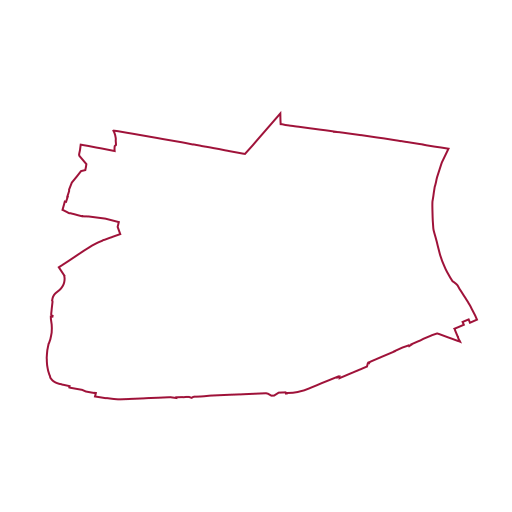 Nieuwegein, Utrecht, Netherlands (orthographic projection), rotated 266°
{"feature_id": "6326949B74966835804561", "entity_name": "Nieuwegein", "entity_type": "district", "adm_level": 2, "iso_a3": "NLD", "parent_name": "Netherlands", "parent_adm1": "Utrecht", "projection": "orthographic", "projection_center": [5.098, 52.03], "detail": "fine", "context": "isolated", "style": "outline", "palette": "rose", "viewbox_px": 512, "rotation_deg": 266, "n_neighbors": 0, "source": "geoboundaries", "source_scale": "gbopen_adm2", "svg_char_len": 5838}
<svg xmlns="http://www.w3.org/2000/svg" viewBox="0 0 512 512"><g transform="rotate(266 256 256)"><path d="M379.3,88.9L373.9,87.8L370.8,86.9L369.6,86.6L368.4,86.7L367.5,87.3L359.5,93.2L356.8,92.6L353.6,91.7L352.9,87.4L347.6,82.6L342.1,77.4L336.2,74.6L335.4,74.2L333.8,74.1L328.3,71.9L328.2,72.3L323.3,70.3L323.7,69.1L323.2,68.9L320.8,68.1L317.5,66.9L315.5,66.2L314.9,67.4L314.2,68.5L313.1,70.4L312.3,71.6L311.8,72.4L311.6,73.2L311.6,73.8L311.6,74.0L311.1,75.3L310.6,77.0L309.1,81.2L308.1,84.2L308.0,84.6L308.0,85.4L307.9,85.4L307.7,85.5L307.1,91.9L305.6,99.3L303.8,108.3L300.7,117.6L299.4,121.5L294.7,120.0L287.3,122.1L285.7,116.3L285.2,114.5L284.7,113.0L284.6,112.4L284.1,110.6L283.1,107.3L282.7,106.0L282.6,105.0L282.1,103.8L281.9,103.6L281.5,102.3L280.7,99.9L279.9,97.9L277.9,93.3L273.3,84.7L270.4,79.6L264.2,68.8L258.5,58.5L249.7,63.5L249.5,63.3L249.1,63.4L246.9,63.5L245.2,63.3L243.4,62.9L241.7,62.3L240.0,61.4L238.5,60.3L237.1,59.1L235.7,57.5L233.2,53.9L232.4,52.9L231.1,51.7L230.7,51.5L229.7,50.8L228.3,50.2L225.8,49.5L225.2,49.8L224.4,49.8L217.9,48.6L212.2,47.6L211.6,47.7L210.8,48.2L210.5,48.9L209.7,48.7L209.8,47.1L207.5,47.0L201.8,47.4L198.2,47.3L193.8,46.8L190.3,45.9L187.2,45.0L183.7,43.5L182.5,42.8L182.1,42.8L180.5,42.3L179.0,41.9L177.5,41.5L176.9,41.3L175.7,41.1L175.1,41.0L174.5,40.9L172.6,40.6L169.0,40.1L167.6,40.1L166.9,40.1L165.9,40.0L163.0,40.0L161.8,40.0L159.6,40.2L157.8,40.4L157.1,40.5L156.2,40.6L154.0,41.1L153.3,41.3L152.3,41.5L150.6,42.1L149.8,42.2L149.1,42.3L148.8,42.4L147.7,43.1L146.7,43.8L146.2,44.2L145.3,45.1L144.9,45.6L144.6,46.1L144.4,46.3L143.8,47.2L143.1,48.6L142.6,49.8L142.3,50.5L142.0,51.4L141.8,52.5L141.2,53.8L140.9,55.1L139.6,59.5L139.4,60.2L139.2,60.9L138.7,60.7L137.9,60.6L137.5,61.7L136.0,67.6L134.6,73.2L132.7,76.8L131.9,79.9L131.2,82.6L130.5,85.7L130.7,85.8L130.5,86.7L127.1,85.6L125.6,92.1L124.7,95.9L124.7,96.2L124.6,97.4L124.6,97.6L123.9,101.0L123.4,103.5L123.1,105.3L122.6,108.6L122.5,110.0L122.4,112.8L122.3,116.2L122.2,118.5L122.2,120.6L122.0,127.0L121.8,134.0L121.8,137.9L121.4,149.6L121.2,158.5L121.1,160.9L120.8,162.2L120.0,166.1L119.9,166.6L120.6,166.6L120.4,172.2L120.4,172.5L120.2,173.6L120.2,174.6L120.3,176.5L120.2,177.7L120.1,179.3L119.0,181.9L119.8,183.5L119.9,184.6L120.0,184.8L119.8,187.4L119.7,191.2L119.7,194.4L119.9,200.3L119.9,201.2L119.4,220.8L119.2,226.3L119.2,226.7L119.1,229.8L119.0,231.6L119.0,232.4L118.9,236.9L118.4,256.4L117.8,258.3L115.6,261.6L115.5,264.3L118.1,269.1L117.9,275.9L116.7,276.2L116.7,277.0L117.2,277.0L117.1,279.0L117.0,283.4L117.1,284.4L117.4,288.0L117.9,290.6L118.6,294.6L120.2,299.8L121.0,302.1L122.7,307.3L124.6,312.7L127.2,320.8L127.8,322.6L129.9,329.1L129.3,329.0L129.7,329.9L130.0,330.9L129.4,330.9L128.3,330.8L128.8,332.1L130.0,335.7L131.2,339.1L135.5,351.7L135.6,352.2L136.7,355.2L138.0,359.0L138.4,359.1L139.1,359.4L141.0,360.0L141.9,360.6L142.1,361.4L141.6,361.6L142.1,362.0L142.5,362.6L142.9,363.6L146.6,374.2L150.5,385.6L151.2,387.6L151.4,387.5L154.5,395.8L155.5,399.6L156.2,402.1L155.4,402.5L155.6,402.8L156.8,405.0L157.1,404.9L159.4,411.3L160.3,414.1L161.7,417.2L164.3,424.9L164.7,425.9L165.0,427.0L166.1,431.3L165.3,433.4L161.4,442.0L159.8,445.7L159.7,445.9L158.7,448.1L157.2,451.4L156.8,452.6L156.3,453.6L157.1,453.3L157.8,452.9L158.9,452.4L159.5,452.2L160.5,451.9L161.0,451.8L161.4,451.8L161.5,451.6L168.0,449.4L168.9,449.3L169.6,448.9L169.9,449.8L170.9,452.8L172.9,458.5L175.8,457.5L177.9,463.7L174.5,464.8L177.1,472.0L181.3,470.5L186.4,468.3L188.4,467.4L190.7,466.5L193.0,465.4L193.8,464.9L195.0,464.4L198.1,462.7L198.5,462.5L199.1,462.2L200.9,461.2L201.2,461.0L206.2,458.3L207.8,457.4L208.6,456.9L212.5,455.1L212.9,454.8L213.2,454.6L214.2,453.7L214.7,453.2L215.3,452.5L215.9,451.9L217.1,450.3L221.0,448.2L224.4,446.6L226.7,445.5L229.5,444.3L232.6,443.2L235.5,442.2L238.2,441.3L240.5,440.7L243.9,439.8L245.9,439.4L254.1,437.9L257.2,437.4L261.8,436.5L266.5,435.5L267.6,435.3L269.2,435.0L270.0,434.9L271.4,434.8L274.6,434.8L279.0,434.8L282.5,434.9L289.5,435.2L293.3,435.4L294.9,435.5L295.7,435.6L296.2,435.6L297.8,435.8L298.5,435.9L299.2,436.1L303.0,437.0L307.3,437.9L312.5,439.1L314.3,439.8L317.1,440.7L319.7,441.4L321.9,442.1L334.9,447.3L336.5,448.0L348.4,454.8L349.6,455.5L351.5,447.4L351.6,446.8L352.7,441.6L354.6,433.5L354.8,432.9L354.9,432.6L354.9,432.3L355.1,431.8L355.2,431.4L355.4,430.6L355.5,430.6L355.6,430.3L355.7,429.9L356.4,426.6L358.2,418.8L359.2,414.5L359.3,413.8L359.8,411.7L360.6,408.5L360.5,408.2L360.6,407.9L361.2,405.6L362.1,401.6L364.4,391.8L365.6,385.9L366.0,384.0L366.4,382.2L369.2,369.6L369.3,368.8L369.5,367.8L371.9,356.3L373.0,351.2L373.4,349.1L373.7,347.8L374.3,343.4L374.5,343.6L375.7,338.2L376.6,333.9L377.7,328.2L378.9,322.4L379.6,318.9L380.8,313.2L382.0,307.5L382.2,306.3L382.5,304.7L382.8,303.3L383.2,301.6L383.7,298.8L384.1,297.2L384.3,296.0L384.5,295.2L384.6,294.5L384.8,293.9L385.2,292.6L385.4,292.0L385.6,291.3L385.8,289.8L386.7,289.8L390.6,289.9L396.5,290.2L371.5,265.2L366.8,260.6L361.2,254.8L358.6,252.1L359.1,249.9L360.6,244.1L360.9,242.9L362.0,238.6L362.7,235.9L362.8,235.6L363.1,234.5L363.5,232.8L363.9,231.4L365.3,226.5L366.3,222.4L366.5,221.5L367.5,217.9L368.1,215.4L368.4,214.2L368.5,213.8L368.7,212.7L368.8,212.4L369.5,209.4L369.9,208.3L370.6,205.6L371.0,203.9L371.3,203.0L371.7,201.2L371.6,200.9L372.0,199.4L373.7,193.4L374.6,190.0L379.1,171.5L380.8,164.9L382.3,158.8L383.3,154.8L384.9,148.3L386.6,141.5L387.8,136.4L390.2,126.7L391.0,122.7L390.9,122.5L389.0,123.3L388.1,123.5L387.0,123.8L386.0,124.0L385.1,124.1L383.4,124.3L382.4,124.3L380.9,124.1L379.7,124.1L378.6,124.1L377.2,124.1L376.8,124.1L376.5,124.0L376.3,123.9L376.2,123.7L375.9,123.1L375.4,122.7L374.3,122.5L372.4,122.3L370.6,122.3L370.7,122.0L370.9,121.0L371.0,120.7L374.0,109.7L374.7,106.9L375.2,104.8L375.6,103.3L377.5,96.3L378.7,91.3L379.1,89.8L379.3,88.9Z" fill="none" stroke="#9f1239" stroke-width="2"/></g></svg>